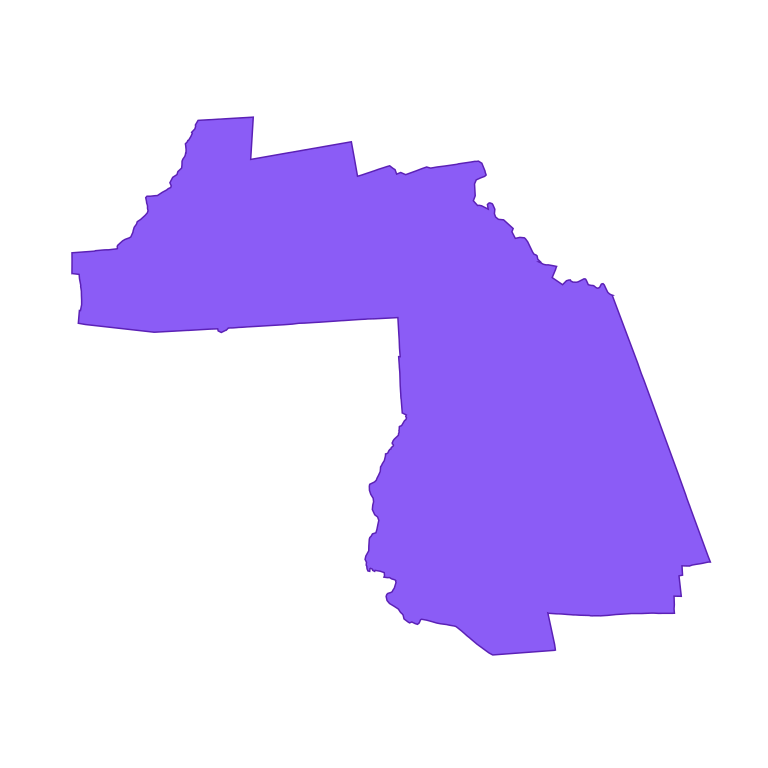 the district of Luis Moya, Zacatecas, Mexico, rotated 170°
{"feature_id": "50627088B79504464197086", "entity_name": "Luis Moya", "entity_type": "district", "adm_level": 2, "iso_a3": "MEX", "parent_name": "Mexico", "parent_adm1": "Zacatecas", "projection": "robinson", "projection_center": [-102.22, 22.434], "detail": "fine", "context": "isolated", "style": "filled", "palette": "violet", "viewbox_px": 768, "rotation_deg": 170, "n_neighbors": 0, "source": "geoboundaries", "source_scale": "gbopen_adm2", "svg_char_len": 6067}
<svg xmlns="http://www.w3.org/2000/svg" viewBox="0 0 768 768"><g transform="rotate(170 384 384)"><path d="M441.9,628.3L476.3,628.3L466.4,669.5L521.3,675.9L521.5,675.7L524.8,671.8L524.7,670.7L525.8,668.3L526.2,667.9L529.8,665.2L529.3,664.0L531.3,661.2L534.3,657.8L534.9,657.9L535.7,656.6L537.9,655.0L537.9,653.2L538.2,649.2L538.9,645.9L539.2,646.0L539.9,644.1L540.1,643.7L540.9,642.5L543.0,640.4L544.2,638.5L544.9,634.9L545.8,631.8L550.1,629.0L551.5,626.2L556.2,624.2L559.9,619.4L559.1,616.0L560.0,614.5L562.5,613.9L564.4,612.8L569.0,611.3L574.5,608.9L576.6,609.2L581.6,609.5L584.8,610.1L586.3,608.9L586.2,605.2L586.3,603.4L586.0,601.4L586.0,600.2L586.4,598.1L586.3,595.5L587.5,593.5L590.2,591.4L595.1,588.3L598.8,586.7L600.0,584.4L602.8,581.7L604.3,578.7L605.0,576.9L607.8,572.8L609.4,572.2L613.8,571.4L616.5,570.4L618.6,569.1L621.8,567.1L622.8,566.0L623.0,563.7L623.6,563.5L632.2,564.0L634.5,564.4L636.8,564.7L645.2,565.4L645.8,565.1L668.5,567.4L669.7,560.2L670.9,553.6L672.0,547.7L672.1,546.9L671.9,546.9L665.2,544.9L665.6,540.5L665.5,533.9L665.8,532.7L665.9,528.1L666.6,523.6L667.2,519.1L668.0,514.6L670.2,509.0L671.2,509.3L674.5,496.9L667.6,494.4L601.3,474.9L586.4,473.1L578.0,472.1L567.9,470.9L567.6,470.8L557.3,469.6L546.1,468.3L538.2,467.2L538.1,465.1L535.3,463.0L530.1,464.5L530.0,464.4L528.1,465.7L527.7,466.1L525.4,465.9L523.7,465.6L521.3,465.3L521.1,465.3L519.1,465.1L517.6,465.0L516.9,464.9L513.8,464.5L509.9,464.1L509.6,464.1L502.1,463.2L477.8,460.4L471.8,459.7L463.7,458.9L457.3,458.6L451.8,457.8L446.6,457.2L441.2,456.6L437.1,456.1L430.5,455.4L420.2,454.3L415.2,453.8L412.1,453.4L405.4,452.7L397.9,451.9L390.5,451.0L388.9,450.9L382.4,449.9L375.3,449.0L358.8,447.0L359.9,437.6L360.4,433.4L361.4,424.6L362.3,418.1L362.5,416.6L362.9,412.5L363.3,408.1L364.8,408.4L364.9,407.6L365.8,398.8L365.9,398.5L366.4,392.9L366.6,391.3L368.4,378.9L368.4,378.7L369.0,373.6L369.4,369.7L369.5,369.6L369.8,366.5L369.7,366.2L370.0,363.3L371.0,352.6L371.1,352.4L367.4,349.6L367.5,349.5L368.3,348.1L367.7,347.0L367.8,346.6L368.2,345.8L368.8,345.1L370.2,344.3L373.6,340.3L374.4,339.8L375.8,339.6L376.4,339.2L376.6,337.9L377.0,336.4L377.4,335.4L377.4,334.0L378.3,332.6L378.7,331.0L382.4,328.6L383.7,327.7L384.3,327.1L385.0,326.4L385.5,325.4L386.2,324.6L386.2,323.6L385.6,323.1L385.3,322.1L385.8,321.3L387.9,320.1L388.5,318.8L389.9,318.5L390.3,317.7L391.0,317.3L392.1,315.5L393.5,314.9L394.6,314.9L395.1,312.8L397.0,308.5L399.4,305.9L400.4,304.4L401.8,302.9L402.1,301.5L402.9,298.5L405.2,295.1L407.2,292.5L408.3,290.6L410.3,289.2L415.5,287.7L416.2,285.9L416.8,281.8L416.2,277.7L415.4,275.6L414.5,273.4L414.7,269.8L416.1,266.7L417.3,262.4L415.8,256.8L413.4,254.2L412.8,250.6L414.5,246.5L416.2,242.1L417.8,238.9L421.4,238.4L423.1,236.3L424.6,235.3L425.4,233.8L427.1,226.9L428.0,222.4L431.8,217.7L433.1,214.5L432.2,211.5L433.0,208.7L432.6,207.6L432.8,205.0L432.3,202.7L430.6,202.0L429.9,204.6L429.2,204.8L427.7,203.7L427.3,202.8L427.5,202.4L425.7,201.1L425.1,202.0L420.3,200.3L416.5,198.2L416.8,195.1L417.6,193.8L414.3,192.7L412.1,192.4L410.4,190.8L407.4,189.3L406.5,188.3L406.8,187.3L406.6,186.5L409.3,181.2L411.2,179.2L411.9,178.1L413.4,177.5L416.6,177.1L417.6,176.4L417.9,176.1L418.8,174.4L418.6,170.2L416.7,166.9L412.8,163.5L409.9,160.8L408.9,159.8L408.0,157.6L407.3,156.1L406.1,154.6L405.3,153.1L405.1,149.2L401.7,145.5L400.3,144.3L397.9,144.8L394.9,142.6L392.7,141.5L391.0,142.5L390.9,142.5L388.9,145.5L387.8,145.8L383.2,144.1L380.8,143.0L377.7,141.5L373.7,139.5L370.1,138.1L365.6,136.7L364.0,136.2L362.4,135.5L360.3,134.7L356.9,133.5L355.3,132.7L353.8,131.1L352.6,129.7L350.4,127.2L345.8,121.4L343.9,119.3L342.4,117.4L340.8,115.5L337.4,111.4L327.4,101.0L324.0,98.3L262.2,92.1L261.4,92.2L261.2,97.8L262.4,130.0L262.0,129.7L255.2,128.0L253.1,127.5L251.9,127.3L249.2,126.7L247.6,126.3L246.1,125.9L243.1,125.1L241.8,124.8L239.4,124.2L238.0,123.8L235.4,123.3L231.3,122.3L222.0,120.4L220.9,119.9L220.0,119.7L219.2,119.5L217.5,119.3L214.7,118.8L212.9,118.5L211.1,118.1L206.6,117.6L204.0,117.3L201.2,117.1L195.4,116.7L185.9,115.6L180.2,115.0L170.7,113.3L160.1,111.9L159.6,111.8L158.0,111.5L153.4,110.4L149.0,109.7L141.1,108.3L137.8,107.8L137.4,112.2L136.4,116.2L135.2,124.7L128.1,123.3L126.8,143.8L125.9,143.9L123.2,143.9L122.1,153.2L117.9,152.3L114.8,151.7L111.8,152.2L109.0,152.2L107.3,152.2L104.1,152.1L101.5,152.1L96.9,152.3L95.5,152.3L93.5,152.0L94.7,157.9L103.8,208.6L104.2,211.2L104.5,212.6L105.6,218.8L106.1,222.4L109.4,241.4L109.5,242.3L119.1,296.0L121.7,310.8L127.3,342.2L128.8,349.6L130.1,357.7L130.4,359.7L131.5,365.6L143.8,431.5L143.3,431.6L144.6,432.3L146.2,433.5L147.7,435.4L148.6,438.5L149.2,440.7L149.9,443.4L150.9,444.8L152.5,444.7L153.3,443.8L154.6,442.0L155.9,441.3L157.2,441.3L158.5,442.2L160.2,444.2L161.0,444.7L162.7,445.1L164.3,445.7L165.6,446.4L165.9,447.7L166.7,450.8L167.1,452.0L167.7,452.6L168.9,452.8L175.1,450.9L177.0,450.8L178.7,451.2L180.2,451.5L181.2,452.3L182.1,453.0L182.4,454.1L184.0,454.3L186.4,454.0L190.9,450.8L199.9,459.6L195.2,466.9L194.2,468.9L193.6,469.8L195.8,470.7L197.9,471.5L201.5,472.8L203.8,473.2L206.2,474.2L208.3,475.9L210.4,477.4L208.8,477.3L210.9,480.2L211.0,483.6L211.7,484.5L213.7,485.8L214.7,488.0L217.8,499.1L219.5,502.5L220.4,503.6L224.7,504.8L229.4,504.6L231.6,511.7L230.8,513.0L229.8,514.7L237.7,524.9L242.7,526.3L245.1,529.1L245.7,532.5L244.5,536.9L245.7,541.8L246.2,542.8L248.3,544.0L249.4,543.9L251.0,542.8L251.0,538.1L257.0,542.6L259.4,543.5L260.8,543.5L264.2,548.9L261.5,553.5L260.1,565.3L257.7,569.0L253.1,570.2L248.8,571.0L247.1,572.1L247.6,575.2L247.5,576.0L249.3,584.4L252.3,587.1L254.7,587.2L255.7,587.5L260.0,587.5L272.7,587.9L273.6,587.7L277.1,587.8L286.3,588.1L294.2,588.5L298.6,588.5L300.5,588.5L302.1,589.2L302.9,589.6L304.3,590.3L306.2,590.0L308.1,589.7L309.3,589.5L316.0,588.2L323.5,586.9L326.3,586.4L330.2,589.0L330.8,589.4L335.1,588.5L335.9,593.2L337.7,594.8L340.5,597.9L343.5,597.6L347.6,597.0L352.2,596.4L352.8,596.3L356.8,595.6L357.7,595.5L361.4,594.9L363.6,594.6L369.4,593.7L371.0,593.5L374.0,593.2L374.0,610.1L374.1,628.2L441.9,628.3Z" fill="#8b5cf6" stroke="#5b21b6" stroke-width="1.5"/></g></svg>